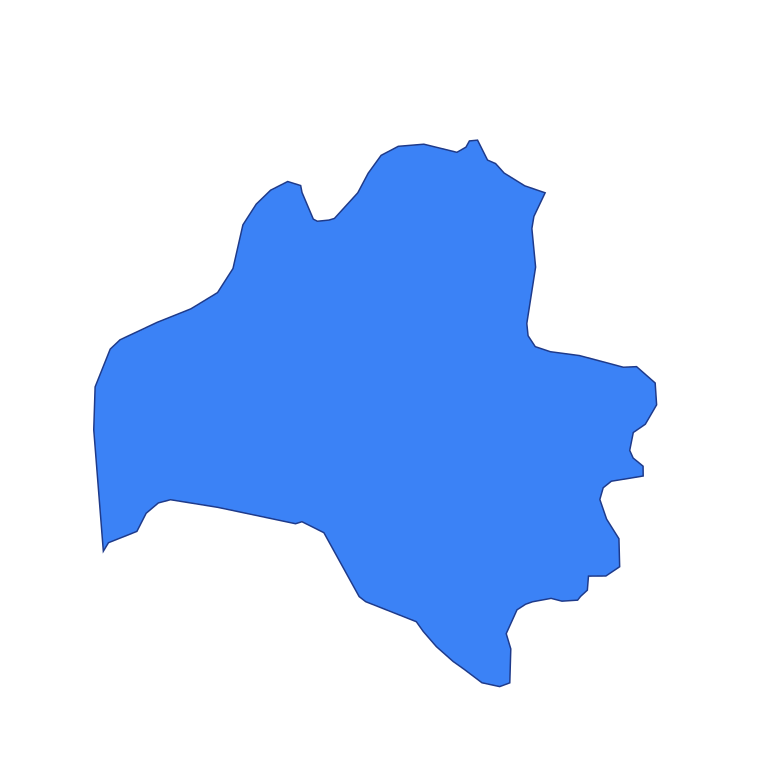 San Juan Tecuaco, Santa Rosa, Guatemala, rotated 286°
{"feature_id": "79465075B56577131945853", "entity_name": "San Juan Tecuaco", "entity_type": "district", "adm_level": 2, "iso_a3": "GTM", "parent_name": "Guatemala", "parent_adm1": "Santa Rosa", "projection": "robinson", "projection_center": [-90.267, 14.073], "detail": "fine", "context": "isolated", "style": "filled", "palette": "blue", "viewbox_px": 768, "rotation_deg": 286, "n_neighbors": 0, "source": "geoboundaries", "source_scale": "gbopen_adm2", "svg_char_len": 1239}
<svg xmlns="http://www.w3.org/2000/svg" viewBox="0 0 768 768"><g transform="rotate(286 384 384)"><path d="M459.7,644.4L470.3,622.0L466.1,609.5L465.2,564.0L460.9,535.0L461.6,519.1L470.1,509.2L481.5,504.6L538.2,497.5L574.2,483.3L586.4,481.9L612.2,486.2L613.3,464.7L619.9,441.3L626.6,430.6L627.8,421.8L644.2,406.7L641.2,399.1L634.3,397.5L626.8,390.2L625.5,356.2L616.4,332.2L603.0,318.2L582.3,310.7L560.6,306.1L529.5,290.7L526.4,285.9L522.1,275.1L523.0,270.6L545.5,252.4L551.8,249.2L552.1,235.6L539.1,221.6L521.7,211.6L498.1,204.5L453.4,207.0L426.0,198.8L403.0,177.6L380.9,149.1L353.8,118.1L342.1,111.2L301.6,107.1L260.0,117.6L145.9,160.3L155.5,162.9L174.2,187.1L194.2,191.0L207.5,199.9L213.9,210.6L219.6,258.1L225.3,337.5L229.0,343.1L224.5,367.2L172.8,418.7L169.7,426.4L164.4,480.6L156.9,490.0L146.0,506.7L136.3,527.0L131.9,539.5L123.8,560.5L125.0,578.6L131.4,587.3L164.3,578.9L177.7,570.3L203.6,574.1L211.3,580.8L215.6,586.8L224.0,603.7L224.3,614.9L229.6,629.7L234.0,631.5L241.9,636.3L255.7,633.5L260.6,650.2L273.3,660.9L300.0,652.5L315.5,635.2L332.5,623.3L344.7,623.3L353.2,629.3L367.0,658.5L376.4,655.7L381.5,643.9L387.9,638.5L406.1,637.0L417.4,646.3L439.1,651.8L459.7,644.4Z" fill="#3b82f6" stroke="#1e3a8a" stroke-width="1.5"/></g></svg>